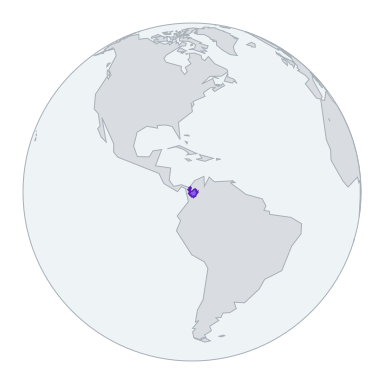 the Earth from above Antioquia
{"feature_id": "COL-1314", "entity_name": "Antioquia", "entity_type": "Department", "adm_level": 1, "iso_a3": "COL", "parent_name": "Colombia", "parent_adm1": "", "projection": "orthographic", "projection_center": [-75.909, 7.152], "detail": "fine", "context": "on_globe", "style": "filled", "palette": "violet", "viewbox_px": 384, "rotation_deg": 0, "n_neighbors": 0, "source": "natural_earth", "source_scale": "10m", "svg_char_len": 9903}
<svg xmlns="http://www.w3.org/2000/svg" viewBox="0 0 384 384"><circle cx="192" cy="192" r="169" fill="#eef3f6" stroke="#a8b0b8"/><path d="M185.4,188.5L181.4,186.7L177.5,191.7L163.8,183.5L159.0,173.5L117.7,157.1L113.6,152.0L113.8,143.9L101.9,117.6L106.2,142.1L101.2,137.2L97.6,128.5L100.1,126.3L98.4,113.8L94.2,109.1L95.5,94.2L107.3,76.3L108.3,79.0L111.0,74.9L109.9,71.5L108.5,70.3L116.2,55.5L114.2,48.8L108.0,50.7L113.7,47.6L98.3,54.6L93.7,55.9L102.3,52.1L105.8,50.1L104.4,49.5L107.6,47.5L108.8,46.2L112.9,43.9L117.6,42.5L120.3,41.1L119.1,40.9L122.4,38.9L123.8,39.3L129.7,36.1L138.7,34.2L139.0,39.3L147.4,38.3L156.6,44.0L159.2,42.3L164.3,44.2L169.1,43.1L169.5,45.0L173.0,42.6L171.8,41.1L172.9,39.7L175.7,39.0L176.6,41.1L175.4,41.8L177.0,42.1L176.3,43.5L178.2,42.5L179.0,45.4L182.3,41.7L186.3,43.5L185.7,45.7L180.5,46.4L166.2,55.2L163.9,58.6L166.1,62.2L181.3,66.4L181.1,70.1L184.6,74.5L187.2,71.7L185.3,67.4L191.0,63.7L188.0,59.5L189.9,57.6L189.0,53.3L194.8,53.1L201.0,55.4L202.0,59.1L204.8,60.5L208.4,56.5L214.8,63.8L226.8,69.4L227.8,71.7L221.6,76.1L209.9,76.4L201.7,84.1L212.8,78.5L215.2,85.2L218.0,86.3L221.2,85.8L222.6,83.2L224.6,85.6L214.4,91.5L212.4,89.4L215.7,87.4L210.2,87.8L203.3,92.8L205.1,96.3L192.9,101.6L194.0,104.3L191.9,107.4L191.0,102.5L192.4,111.6L178.4,122.4L180.1,139.6L172.1,126.4L165.5,125.0L157.4,125.4L157.6,128.2L146.8,126.3L137.1,132.3L133.6,146.0L137.3,156.6L149.3,156.9L152.9,150.9L161.6,149.6L155.4,165.8L170.7,168.0L169.2,180.2L173.7,186.4L181.4,184.7L189.3,187.6L194.9,180.4L204.0,176.4L204.3,186.3L209.2,177.1L214.3,181.8L232.2,180.9L230.9,183.2L246.0,194.4L262.1,198.8L265.9,205.8L264.0,210.4L269.5,211.4L269.5,214.3L291.0,217.4L301.6,223.8L301.0,233.9L291.6,246.2L281.8,270.6L264.6,279.4L259.3,288.9L244.5,302.8L234.1,302.2L236.3,308.6L229.8,312.6L222.9,313.0L221.0,317.5L215.9,317.7L218.8,320.5L209.7,326.2L211.4,330.7L204.6,335.0L205.9,337.5L203.6,337.4L201.0,338.3L200.5,339.7L193.7,337.5L192.6,331.8L195.6,328.8L192.5,328.3L198.9,320.5L195.4,322.1L197.5,310.0L203.1,299.6L207.9,268.4L204.5,262.0L191.7,254.7L176.4,230.7L180.6,220.7L177.2,216.0L188.4,201.7L185.4,188.5ZM34.7,141.2L35.9,137.4L35.7,139.8L34.7,141.2ZM36.3,135.1L36.0,136.3L36.2,135.3L36.3,135.1ZM36.3,134.3L36.3,134.8L36.1,134.6L36.3,134.3ZM36.0,133.7L36.2,133.9L36.2,134.0L36.0,133.7ZM179.2,145.5L196.8,153.6L186.9,154.8L188.7,153.2L184.3,149.8L176.0,146.8L167.3,148.8L179.2,145.5ZM36.2,131.7L36.3,131.1L36.6,130.8L36.2,131.7ZM187.0,135.8L183.9,135.2L186.9,135.1L187.0,135.8ZM107.3,70.2L109.5,71.7L109.3,75.8L107.1,74.8L107.3,70.2ZM108.1,63.3L110.1,63.1L106.9,66.9L106.7,65.8L108.1,63.3ZM102.9,52.9L104.0,53.1L101.8,53.7L102.9,52.9ZM108.3,46.4L106.9,47.1L108.1,46.2L108.3,46.4ZM185.8,53.8L187.4,53.6L186.8,54.5L185.8,53.8ZM184.0,52.3L182.2,53.5L181.0,53.0L182.2,52.2L184.0,52.3ZM115.4,42.1L117.7,40.7L116.2,41.8L115.4,42.1ZM186.5,51.0L179.2,52.0L177.2,51.1L180.0,47.7L186.5,51.0ZM119.6,39.7L125.3,36.8L122.7,37.9L133.2,33.7L124.9,37.2L123.4,38.3L122.2,38.5L119.6,39.7ZM170.2,40.9L171.7,42.4L167.9,41.8L170.2,40.9ZM167.5,40.9L154.4,42.1L153.7,39.9L158.2,39.8L155.2,37.8L161.3,36.1L164.3,36.8L163.6,38.5L166.5,36.6L167.5,40.9ZM138.1,32.1L140.1,31.4L138.9,31.9L138.1,32.1ZM173.1,39.1L170.5,39.3L169.7,37.4L174.7,36.5L173.4,37.4L173.1,39.1ZM151.4,38.3L151.7,36.9L156.7,35.1L157.5,34.4L161.4,35.9L151.4,38.3ZM174.9,37.5L177.3,36.2L180.2,36.6L175.6,38.7L174.9,37.5ZM167.4,37.3L167.2,36.4L168.9,36.6L167.4,37.3ZM191.7,38.0L188.6,38.1L187.9,37.0L191.7,38.0ZM177.9,35.7L176.9,35.6L176.3,35.2L178.4,34.5L177.9,35.7ZM164.6,34.7L166.6,34.3L163.3,33.9L166.9,32.8L168.8,34.1L169.5,33.1L170.6,32.8L170.9,34.3L164.6,34.7ZM178.6,32.9L182.4,34.7L188.2,34.7L189.0,35.6L179.4,35.5L178.6,32.9ZM174.1,33.5L177.1,33.3L176.6,34.3L174.2,35.2L174.1,33.5ZM168.6,31.7L162.6,33.0L162.4,32.7L168.6,31.7ZM180.5,32.7L179.5,32.3L180.9,32.5L180.5,32.7ZM172.4,31.6L170.3,32.1L170.1,31.7L172.4,31.6ZM179.4,31.3L180.6,31.7L179.0,32.2L179.4,31.3ZM176.3,31.3L176.5,30.7L177.7,32.1L175.4,31.5L176.3,31.3ZM172.5,31.2L171.7,31.2L173.4,31.1L172.5,31.2ZM184.7,29.4L186.6,31.1L183.1,32.0L181.7,30.2L184.7,29.4ZM204.9,342.1L194.2,338.3L200.3,340.1L205.0,337.9L210.4,340.8L204.9,342.1ZM218.5,336.4L223.7,335.1L224.7,335.7L221.4,336.8L218.5,336.4ZM321.7,83.7L320.4,82.2L317.5,78.9L309.9,72.2L313.3,75.7L320.7,82.6L320.4,82.5L325.1,88.2L321.3,83.8L312.3,76.1L313.2,80.4L322.1,96.6L321.0,99.3L316.4,98.0L305.3,83.7L309.1,79.5L305.2,75.2L297.7,70.5L299.5,69.9L296.9,67.7L297.6,66.3L292.1,60.0L291.9,58.5L283.3,52.3L282.0,50.9L287.5,54.8L291.1,57.0L289.8,54.5L287.7,52.9L282.2,49.3L282.6,49.4L277.4,46.3L275.3,45.0L285.6,51.4L295.5,58.4L304.8,66.2L313.5,74.6L321.7,83.7ZM273.7,44.1L274.0,44.5L267.6,41.1L261.7,38.2L259.7,37.4L269.2,42.3L272.9,44.4L276.0,45.8L286.2,52.5L288.0,54.3L277.6,48.3L279.1,50.5L270.4,45.6L250.1,34.0L244.9,31.7L246.9,32.2L260.6,37.6L273.7,44.1ZM136.9,32.3L133.2,33.7L122.7,37.9L136.9,32.3ZM353.2,242.7L353.7,241.0L354.6,238.0L353.2,242.7ZM359.2,216.4L360.2,197.2L360.2,184.6L359.6,180.1L358.8,182.5L357.5,177.2L356.6,177.9L348.1,187.1L343.0,181.1L331.0,160.1L330.7,150.0L326.3,139.6L320.8,99.9L324.6,100.3L325.9,91.6L326.9,92.2L332.1,99.9L337.0,105.3L343.2,116.6L348.5,128.3L352.9,140.3L356.3,152.7L358.8,165.3L360.4,178.0L361.0,190.8L360.6,203.7L359.2,216.4ZM328.5,118.3L330.0,121.4L328.5,118.3ZM232.8,180.7L235.0,182.6L232.1,182.7L232.8,180.7ZM185.5,158.9L189.2,159.0L191.2,160.5L188.4,161.1L185.5,158.9ZM216.5,158.5L220.7,159.2L216.4,160.1L216.5,158.5ZM199.5,154.6L213.2,158.3L204.7,161.3L196.1,159.2L202.0,158.2L199.5,154.6ZM185.3,141.4L187.6,142.1L186.9,143.8L185.3,141.4ZM189.1,135.8L188.2,135.9L187.1,134.5L189.1,135.8ZM215.8,84.8L216.6,84.4L220.0,84.6L218.5,85.7L215.8,84.8ZM234.1,79.3L237.0,83.4L233.9,81.0L232.5,83.1L224.2,81.1L227.9,72.8L227.7,76.8L234.1,79.3ZM214.1,76.9L219.0,78.6L213.5,77.1L214.1,76.9ZM281.8,58.9L284.2,59.5L287.1,62.2L287.4,65.5L283.1,61.6L281.8,58.9ZM287.0,60.0L276.6,53.9L276.1,52.1L278.1,54.0L278.8,53.4L282.3,56.5L291.9,61.3L295.1,64.1L293.8,67.9L292.5,64.9L290.2,64.2L287.0,60.0ZM251.2,46.1L246.7,44.7L251.3,42.3L254.9,44.0L255.4,47.1L251.4,46.9L251.2,46.1ZM192.8,45.2L190.8,45.8L190.5,45.0L192.0,44.0L192.8,45.2ZM190.3,38.1L201.3,42.7L199.6,43.4L208.1,45.9L206.8,48.8L201.3,46.9L206.7,51.3L201.3,50.9L205.5,53.8L193.4,49.5L188.6,49.6L194.4,48.2L195.7,45.5L194.9,44.3L189.0,41.4L179.5,40.9L179.3,38.6L181.6,37.0L183.9,36.8L183.3,38.3L186.7,36.9L187.6,39.0L190.3,38.1ZM209.5,27.2L207.9,28.0L214.9,27.7L215.9,28.8L216.6,28.7L219.4,29.9L224.1,31.2L223.7,31.7L225.7,32.1L227.6,33.0L230.2,33.8L230.4,35.1L233.6,36.2L231.9,36.3L237.3,37.9L233.4,37.4L235.5,38.9L238.2,38.6L233.3,46.6L234.3,51.1L237.3,55.5L230.2,54.6L222.9,50.3L216.5,45.0L216.5,41.1L213.3,41.7L212.4,40.1L215.3,40.3L210.3,39.1L210.3,37.9L204.6,34.7L197.2,34.3L195.0,33.4L197.9,32.9L193.6,32.3L197.5,31.0L196.0,30.4L198.3,28.8L204.8,28.7L202.6,28.1L204.2,27.1L209.5,27.2ZM185.6,28.9L193.1,28.0L197.3,28.4L191.5,31.2L192.3,31.9L188.7,34.2L182.7,33.8L184.3,33.1L184.4,32.4L186.3,32.8L184.9,31.9L187.0,31.1L186.5,30.3L189.1,30.1L185.6,28.9ZM324.9,88.9L325.1,88.8L324.7,87.8L327.6,91.7L324.9,88.9ZM318.9,83.8L318.6,82.9L322.6,87.4L322.3,87.7L318.9,83.8ZM315.1,78.9L318.3,82.5L316.5,80.8L315.1,78.9ZM286.9,54.0L286.2,53.2L287.4,53.9L289.3,55.4L286.9,54.0ZM230.5,28.5L228.9,28.4L227.9,28.1L222.3,27.3L221.2,26.7L224.1,26.9L230.5,28.5ZM228.3,27.7L226.2,27.4L226.9,27.3L228.3,27.7ZM220.0,26.2L220.4,26.0L220.4,26.5L220.0,26.2ZM213.7,24.5L216.4,24.9L215.7,24.9L213.7,24.5ZM139.2,31.6L140.0,31.4L138.2,32.0L139.2,31.6Z" fill="#d9dde1" stroke="#a8b0b8" stroke-width="1"/><path d="M188.9,188.7L188.9,188.8L189.0,188.9L189.0,189.0L189.3,189.1L189.2,189.3L189.3,189.3L189.2,189.3L189.3,189.4L189.2,189.4L189.0,189.6L189.2,189.8L189.4,189.8L189.5,189.7L189.6,189.3L189.6,189.2L189.6,189.3L189.5,189.2L189.5,188.9L189.5,188.7L189.5,188.3L189.4,188.2L189.2,188.0L189.1,187.9L189.1,187.7L189.4,187.6L189.5,187.6L189.8,187.5L189.8,187.4L190.1,187.2L190.3,187.1L190.4,186.9L190.5,187.0L190.6,187.3L190.7,187.5L190.8,187.6L191.0,187.7L191.1,187.8L191.1,188.0L191.1,188.3L190.9,188.5L190.7,189.0L190.5,189.5L190.4,189.9L190.3,190.3L190.3,190.5L190.5,191.1L190.5,191.3L191.6,191.4L192.1,191.4L192.4,191.0L192.5,190.9L192.8,190.8L193.0,190.7L193.1,190.4L193.3,190.1L193.5,189.9L193.7,189.7L193.9,189.5L194.0,189.4L194.3,189.3L194.5,189.3L194.8,189.3L194.9,189.2L195.0,189.0L195.1,188.9L195.8,189.5L196.0,189.7L196.0,189.8L196.0,190.1L196.2,190.3L196.1,190.5L195.9,190.6L195.9,190.9L195.9,191.0L196.0,191.3L196.3,191.3L196.4,191.1L196.5,191.0L196.5,191.3L196.4,191.4L196.4,191.5L196.4,191.8L196.5,192.1L196.6,192.4L196.8,192.4L196.8,192.5L197.8,191.5L197.8,192.1L197.9,192.3L197.9,192.5L197.6,192.6L197.4,192.8L197.3,193.0L196.7,193.5L196.4,193.7L196.4,194.0L196.5,194.1L196.4,194.2L196.2,194.4L196.2,194.5L195.9,194.7L195.9,194.8L195.8,195.0L195.9,195.3L195.8,195.5L195.7,195.8L195.7,196.0L195.4,196.3L195.2,196.2L194.9,196.2L194.7,196.2L194.6,196.3L194.4,196.4L194.4,196.5L194.3,196.8L194.2,196.8L193.9,197.1L193.8,196.9L193.7,197.0L193.7,196.9L193.7,196.6L193.6,196.4L193.4,196.3L193.2,196.4L193.1,196.2L192.9,196.2L192.9,196.3L192.9,196.5L193.0,196.6L192.9,196.8L192.7,196.8L192.5,196.7L192.3,196.8L192.2,196.9L191.8,196.8L191.7,196.8L191.7,196.7L191.4,196.4L191.5,196.4L191.5,196.2L191.4,196.0L191.3,195.9L191.4,195.6L191.3,195.4L191.2,195.4L191.0,195.1L191.0,194.9L190.9,194.8L190.7,194.8L190.2,194.9L189.8,194.9L189.7,194.9L189.6,194.7L189.4,194.5L189.4,194.4L189.4,194.2L189.4,193.9L189.2,193.8L189.2,193.7L189.1,193.4L188.9,193.3L189.0,193.2L188.9,193.2L189.0,193.0L189.1,192.9L189.3,192.9L189.4,192.7L189.3,192.4L189.5,192.4L190.0,192.4L190.1,192.5L190.2,192.3L190.3,192.2L190.2,191.9L190.2,191.7L189.9,191.5L189.8,191.4L189.7,191.4L189.5,191.1L189.2,190.8L188.9,190.6L188.5,190.2L188.4,190.1L188.5,190.1L188.6,189.9L188.8,189.8L188.8,189.5L188.8,189.4L188.9,189.2L188.9,188.9L188.9,188.7Z" fill="#8b5cf6" stroke="#5b21b6" stroke-width="1.5"/></svg>